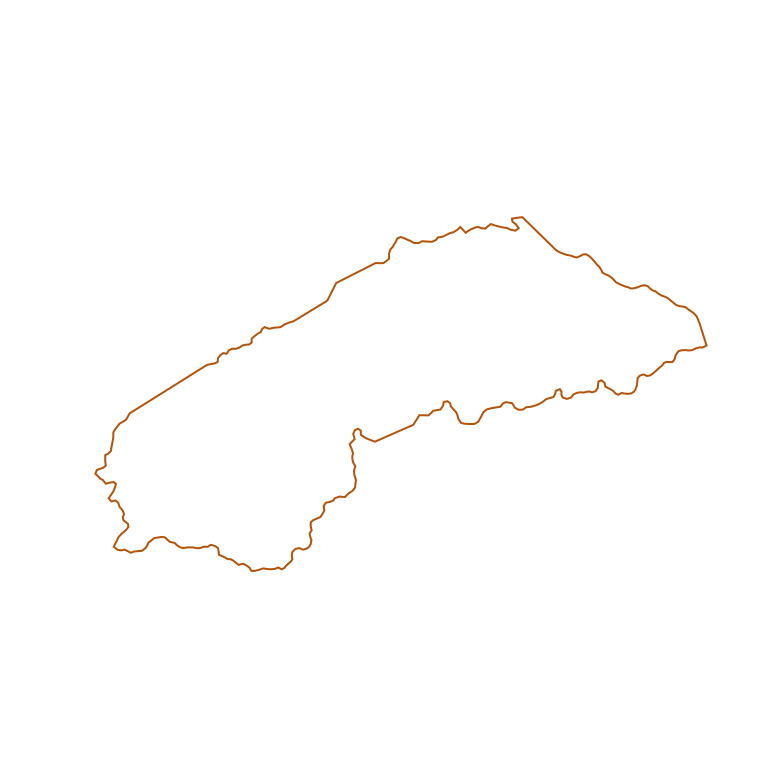 outline of Medeiros Neto, Bahia, Brazil, rotated 336°
{"feature_id": "56859067B99293753534510", "entity_name": "Medeiros Neto", "entity_type": "district", "adm_level": 2, "iso_a3": "BRA", "parent_name": "Brazil", "parent_adm1": "Bahia", "projection": "mercator", "projection_center": [-40.264, -17.364], "detail": "fine", "context": "isolated", "style": "outline", "palette": "amber", "viewbox_px": 768, "rotation_deg": 336, "n_neighbors": 0, "source": "geoboundaries", "source_scale": "gbopen_adm2", "svg_char_len": 4653}
<svg xmlns="http://www.w3.org/2000/svg" viewBox="0 0 768 768"><g transform="rotate(336 384 384)"><path d="M694.3,480.1L697.0,456.4L697.1,449.4L695.6,444.9L692.8,440.4L690.9,436.7L688.2,434.6L685.8,433.2L683.1,430.7L681.5,427.7L680.0,424.7L677.8,420.4L675.9,418.3L673.5,416.0L671.2,412.8L669.5,409.5L667.2,407.4L665.7,404.6L664.7,401.9L662.2,399.7L658.7,398.9L655.0,398.8L651.1,398.2L648.2,397.0L646.4,394.9L644.1,393.1L642.1,391.0L639.8,388.7L637.2,385.1L635.7,380.4L633.6,376.7L631.0,373.9L629.0,371.3L628.8,367.9L628.3,364.3L627.0,361.4L626.0,357.5L624.7,353.3L623.1,349.9L621.0,347.4L618.1,346.6L615.2,346.9L611.8,346.9L609.5,345.4L607.2,342.9L603.6,340.5L600.7,337.8L598.1,335.1L595.8,332.1L578.3,287.9L572.5,286.1L568.2,285.0L567.4,288.0L569.5,291.9L570.5,296.4L566.4,297.4L562.5,294.6L559.9,291.6L556.0,289.1L551.9,286.0L549.3,283.9L546.8,281.4L543.7,282.0L539.6,283.2L536.2,281.2L534.3,279.1L531.8,278.2L529.2,278.1L526.4,278.0L522.8,278.5L520.1,279.1L519.0,275.7L517.6,271.6L513.5,273.0L509.1,273.6L505.9,273.0L502.2,273.1L498.7,273.3L495.7,272.9L493.2,272.0L489.8,273.6L485.7,273.6L481.1,271.3L477.0,269.1L472.8,269.3L468.7,267.3L466.6,264.3L463.8,261.4L461.0,258.2L458.9,256.5L455.4,256.4L452.4,259.1L450.1,260.5L447.7,262.3L444.5,263.7L441.6,267.0L439.7,271.6L436.2,272.6L432.6,273.3L429.2,271.9L425.6,270.1L421.2,270.3L381.4,272.3L366.1,284.8L326.9,289.9L322.7,289.3L317.2,289.1L312.5,290.0L309.2,288.8L305.8,287.6L301.7,287.0L298.1,283.5L294.9,284.2L292.6,286.4L289.0,286.7L284.6,287.8L281.4,288.9L280.1,292.2L276.8,293.1L273.8,291.9L270.7,291.3L266.1,291.9L262.9,291.6L259.6,290.0L256.0,290.1L252.6,292.4L249.8,290.4L245.9,291.1L242.9,292.9L241.0,296.1L238.0,296.4L234.4,295.5L230.4,294.6L227.7,294.9L139.6,307.4L137.0,309.4L133.8,311.7L129.9,312.3L126.4,312.6L119.9,316.1L117.1,318.0L114.8,323.0L107.0,334.3L103.2,335.6L100.5,335.5L98.0,340.9L96.6,345.4L93.6,346.3L86.7,345.8L83.7,348.7L85.0,351.1L86.1,354.8L88.0,357.2L89.4,362.0L92.7,362.4L97.3,363.7L98.5,366.3L94.1,371.2L91.5,373.0L86.0,376.4L87.1,380.4L91.4,381.2L92.9,384.5L92.4,388.4L93.8,393.4L93.6,397.0L91.1,399.7L90.6,402.5L93.2,407.6L92.5,410.4L89.6,412.2L83.4,414.1L79.0,416.0L76.4,418.3L70.9,422.8L73.3,427.2L76.2,429.1L79.7,429.8L84.1,435.2L88.0,435.5L94.9,437.9L99.2,437.0L101.9,435.3L104.3,433.2L111.4,431.3L119.1,433.4L121.5,435.1L124.1,441.0L128.1,444.1L129.5,447.5L131.2,450.1L133.6,452.1L138.2,453.4L142.9,455.5L147.0,458.3L149.9,459.2L152.8,459.2L156.6,461.0L160.4,460.5L163.3,462.8L165.5,465.9L165.1,468.9L163.7,472.8L167.1,476.5L170.0,480.4L172.6,481.6L174.7,484.4L177.7,490.2L182.2,490.8L184.7,494.1L186.4,497.2L186.9,500.8L189.3,502.0L194.1,502.9L198.6,503.3L201.7,505.3L205.0,507.1L208.6,508.4L212.9,508.7L215.0,511.6L218.2,511.5L220.6,510.2L223.6,509.2L226.8,508.3L229.1,506.7L229.9,503.4L231.9,500.2L236.1,498.6L239.8,499.4L242.6,502.4L246.6,502.9L249.3,502.3L251.9,500.4L254.2,497.2L254.4,494.2L255.1,490.4L258.3,488.3L259.3,483.8L260.9,480.5L263.8,479.6L268.0,479.6L271.7,479.7L274.7,477.8L278.1,475.2L279.3,470.9L282.6,468.8L286.6,469.7L290.3,469.8L292.8,468.3L297.7,468.8L302.3,471.4L307.1,469.5L311.9,468.8L315.5,466.8L317.5,463.2L319.4,460.4L319.9,455.3L321.2,451.1L324.3,447.6L323.9,443.4L324.5,439.9L325.8,436.9L327.4,434.9L328.0,430.8L328.0,427.7L328.2,424.9L331.2,423.8L334.7,422.5L335.6,417.0L338.8,414.2L342.0,414.3L343.8,417.0L342.2,421.1L345.4,426.1L352.2,433.0L394.2,433.2L403.6,426.9L409.0,429.4L411.9,430.7L415.3,429.7L418.1,428.5L420.9,429.2L425.2,430.3L429.3,427.7L431.2,424.7L434.9,425.5L436.6,428.5L436.0,431.8L437.2,435.6L438.4,439.0L438.4,442.5L437.7,446.1L438.4,450.5L440.9,452.8L445.8,455.3L450.4,457.3L454.8,456.8L459.2,453.5L463.5,450.1L467.4,449.0L472.3,449.8L477.0,451.0L481.1,452.1L485.0,450.1L488.1,450.2L491.1,452.2L493.3,453.7L493.9,458.9L496.5,462.3L500.3,463.8L504.8,463.1L508.3,464.4L511.6,465.0L514.6,465.3L517.6,465.3L521.3,465.0L526.2,463.7L529.5,464.3L533.6,464.8L536.5,462.5L538.2,460.1L542.6,460.2L543.0,463.4L541.6,466.2L541.9,469.2L545.0,472.0L549.3,472.5L553.0,470.5L557.1,470.6L560.4,471.6L563.0,473.1L565.8,473.5L568.4,474.3L570.6,476.2L574.3,476.6L577.8,474.4L579.4,471.3L581.0,469.0L584.0,469.0L586.0,472.6L585.2,476.5L588.2,480.2L590.4,483.1L591.7,487.0L593.7,489.1L597.5,488.9L599.8,490.5L602.9,492.3L606.3,493.2L609.1,492.7L611.3,491.4L613.9,488.8L616.2,485.3L618.1,481.7L621.1,480.4L624.9,480.8L627.5,483.6L630.8,484.4L633.7,483.8L637.4,482.7L641.3,481.4L645.6,480.2L648.4,478.6L651.0,478.7L653.6,480.1L656.6,481.2L659.5,479.6L662.3,476.2L666.4,473.8L669.8,474.3L673.1,475.6L675.8,477.2L679.1,478.4L683.2,478.3L687.1,478.8L689.6,480.2L694.3,480.1Z" fill="none" stroke="#b45309" stroke-width="2"/></g></svg>